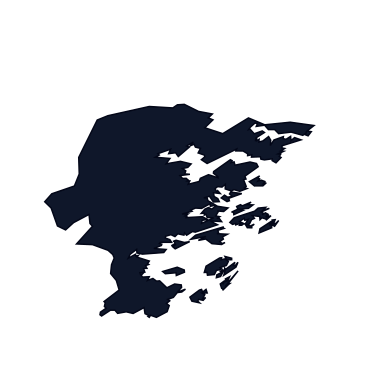 outline of Flatanger nor, Nord-Trøndelag, Norway, rotated 156°
{"feature_id": "86288312B80976394887598", "entity_name": "Flatanger nor", "entity_type": "district", "adm_level": 2, "iso_a3": "NOR", "parent_name": "Norway", "parent_adm1": "Nord-Trøndelag", "projection": "robinson", "projection_center": [10.814, 64.447], "detail": "fine", "context": "isolated", "style": "filled", "palette": "ink", "viewbox_px": 384, "rotation_deg": 156, "n_neighbors": 0, "source": "geoboundaries", "source_scale": "gbopen_adm2", "svg_char_len": 6107}
<svg xmlns="http://www.w3.org/2000/svg" viewBox="0 0 384 384"><g transform="rotate(156 192 192)"><path d="M249.3,296.3L281.4,269.7L287.7,254.3L297.0,245.3L320.8,247.4L330.5,243.0L327.2,234.7L328.7,215.7L322.9,208.8L312.6,212.2L295.2,213.4L298.0,204.7L296.8,201.2L318.6,191.5L304.3,184.4L292.4,172.9L289.8,167.1L289.9,163.3L295.1,158.3L299.5,150.6L297.1,142.0L298.4,132.1L316.9,127.7L316.3,126.1L318.6,123.1L317.7,120.8L324.5,119.5L326.0,117.3L325.0,115.5L314.6,117.2L310.5,115.4L309.3,111.4L300.8,109.3L295.2,105.0L282.8,105.9L284.4,100.0L281.4,96.3L282.8,96.2L282.0,94.9L280.0,96.3L275.5,92.0L263.4,92.8L259.0,97.5L260.7,100.6L256.6,101.6L257.9,103.8L251.9,103.3L246.4,106.1L242.0,104.8L237.5,105.9L246.4,106.4L240.3,109.1L239.6,111.5L245.3,115.0L253.9,114.7L257.7,124.0L260.7,125.0L262.9,128.9L268.7,129.3L265.5,132.0L271.8,134.4L272.3,136.6L270.3,137.4L272.6,137.7L272.4,139.5L267.7,138.0L267.4,141.9L264.2,140.6L264.4,143.7L261.0,143.4L261.8,144.6L259.1,146.3L268.8,154.9L266.8,155.9L269.5,156.5L269.0,158.1L277.2,157.4L273.8,160.3L265.9,162.1L267.1,158.7L262.5,155.4L242.4,148.2L239.0,150.0L249.9,155.9L241.7,155.6L240.8,156.6L242.7,158.2L241.3,158.9L231.1,154.3L231.6,157.5L235.2,160.9L234.1,162.3L228.6,161.6L225.7,158.2L222.0,159.6L216.9,155.9L215.4,157.7L214.5,154.7L207.7,155.7L205.3,154.0L182.0,151.7L187.3,158.3L177.0,152.9L177.9,156.9L180.3,157.7L176.7,158.2L180.1,160.5L175.9,163.4L176.7,164.4L171.0,161.3L165.6,162.8L175.9,169.5L180.9,168.3L183.3,171.1L187.2,171.1L192.3,168.7L189.3,167.6L190.2,165.9L188.3,165.9L188.5,162.5L182.5,159.5L196.1,159.4L194.3,162.0L189.1,160.6L192.5,165.2L207.8,171.0L206.6,171.9L208.0,172.9L204.6,173.5L210.1,176.0L199.8,174.4L200.6,176.0L195.3,175.9L189.9,173.1L180.1,174.0L181.1,171.5L175.8,170.4L181.0,177.6L180.6,180.1L183.6,181.9L177.8,181.0L176.5,174.2L171.0,172.1L171.1,175.5L173.6,178.9L172.7,182.6L166.8,179.1L168.0,182.8L169.4,182.0L169.6,185.7L166.4,186.5L162.6,184.3L158.4,185.5L160.4,181.3L155.5,176.9L152.7,177.1L148.1,173.2L140.4,172.8L142.4,174.5L140.2,175.1L139.9,182.4L137.4,181.9L137.3,184.9L121.3,188.2L121.5,191.8L126.8,195.8L141.8,199.0L141.3,202.4L144.4,202.9L142.6,204.3L143.8,205.9L163.9,201.9L164.8,200.5L162.0,195.2L162.4,194.4L169.9,201.1L178.8,201.1L181.1,198.7L192.4,200.6L189.5,203.0L191.9,204.0L190.6,204.4L191.8,206.9L195.1,208.2L196.3,211.9L186.7,209.0L191.3,211.5L189.1,213.8L191.2,217.3L185.8,216.2L181.4,218.0L190.1,224.7L204.2,228.3L198.5,231.6L211.4,238.7L206.9,239.1L207.6,240.9L194.1,239.8L197.7,236.5L191.0,234.5L190.1,230.0L176.3,234.1L178.2,236.2L170.4,237.1L174.6,234.9L170.7,234.8L170.6,231.6L166.5,228.4L170.5,225.2L165.7,220.7L166.0,218.9L170.3,217.7L166.6,211.9L133.7,213.1L135.2,211.7L128.7,208.7L125.6,204.3L126.4,202.6L122.2,201.7L123.5,199.7L115.2,196.4L115.7,194.0L112.8,191.9L105.3,189.7L106.0,188.1L103.4,184.5L96.6,187.3L97.8,189.0L95.6,190.5L97.9,191.8L91.6,191.9L94.3,193.5L89.7,194.1L91.9,195.6L90.9,197.6L71.2,195.3L76.2,200.0L80.7,198.6L79.3,202.7L84.6,201.9L87.1,203.7L86.0,205.4L96.0,206.2L101.6,202.5L99.0,207.3L99.5,211.5L106.6,209.8L110.6,210.5L109.3,212.8L111.8,212.5L111.3,214.1L113.5,212.6L111.6,215.4L101.6,216.9L103.0,219.2L111.5,219.9L113.4,225.8L114.9,226.0L112.4,227.5L106.4,229.4L104.4,227.8L106.6,225.8L98.5,223.5L96.8,217.9L91.1,215.4L89.1,210.1L77.1,206.4L67.7,198.7L63.6,199.7L65.2,198.2L63.1,196.1L58.5,198.6L62.2,200.9L53.5,203.1L73.9,215.8L98.2,223.8L110.3,236.7L140.2,232.8L154.2,245.5L143.5,249.4L147.0,253.1L141.7,255.0L153.3,263.0L163.4,275.2L169.9,277.6L175.3,276.6L196.3,287.5L237.8,295.9L249.3,296.3ZM156.0,136.9L151.4,134.7L152.8,136.0L148.2,137.3L152.6,137.2L155.6,140.1L152.5,139.4L148.9,142.5L145.7,142.5L146.6,146.0L140.1,142.1L141.1,139.1L138.6,140.0L134.8,136.7L136.0,136.1L129.5,138.2L134.6,138.5L130.9,140.2L135.0,139.1L131.8,141.0L133.4,143.1L137.3,142.5L135.1,143.0L136.9,145.6L128.0,145.6L134.4,146.6L130.9,148.0L138.1,150.4L142.6,149.0L163.9,151.3L169.8,148.8L168.1,145.9L164.8,145.5L165.4,144.2L160.4,143.7L162.2,142.3L160.0,141.4L157.4,142.0L160.6,145.6L155.0,146.8L155.3,144.7L151.7,144.2L156.5,141.1L156.0,136.9ZM186.3,132.0L182.4,132.4L185.6,132.7L186.7,135.5L182.5,136.2L182.4,138.6L176.8,139.0L186.2,143.8L184.4,143.6L184.0,146.5L177.6,145.7L178.6,146.8L177.2,147.3L206.3,151.1L212.4,149.3L197.4,145.7L205.9,145.2L198.6,143.5L194.8,136.7L186.3,132.0ZM211.7,109.7L205.1,107.5L201.6,110.4L196.1,109.6L197.1,111.5L190.5,110.9L187.1,113.7L188.3,116.0L183.3,114.0L182.7,115.4L188.1,119.7L188.0,117.3L192.9,118.3L191.7,119.9L193.6,120.5L209.3,118.5L213.5,113.5L211.0,112.5L211.7,109.7ZM236.5,92.3L230.2,87.7L231.2,90.0L229.6,91.2L225.9,88.5L222.5,90.0L225.9,90.1L222.1,93.0L223.9,95.5L219.2,93.6L218.8,97.3L223.0,96.3L222.9,99.1L225.1,99.4L236.7,96.8L236.5,92.3ZM240.3,122.1L231.5,121.8L230.8,123.9L236.1,129.3L251.1,131.3L249.6,128.2L239.4,124.7L240.3,122.1ZM163.0,154.3L152.6,154.4L156.9,157.6L147.1,154.1L141.5,155.4L146.6,157.9L142.1,158.7L151.6,158.9L152.9,160.7L157.1,160.6L157.0,157.7L164.1,157.5L162.3,156.8L163.0,154.3ZM124.7,168.8L120.4,170.2L123.5,170.6L121.2,172.0L123.9,174.6L127.4,175.1L124.9,176.5L126.3,178.3L123.6,179.2L135.4,178.1L132.5,172.2L124.7,168.8ZM196.9,103.0L182.4,105.5L178.6,109.1L182.8,107.0L184.1,107.9L181.3,110.3L192.6,107.7L193.1,109.1L194.0,106.8L195.1,107.9L198.4,108.2L197.4,106.5L203.0,106.2L204.6,103.8L200.3,103.2L195.1,107.1L194.0,106.2L196.9,103.0ZM147.4,127.3L133.1,126.9L134.1,127.4L132.1,129.3L130.5,127.1L124.4,130.7L127.9,129.3L135.1,130.0L129.2,131.0L127.3,132.9L130.2,133.8L130.7,131.5L132.3,131.2L134.5,131.1L131.2,133.0L144.8,130.8L147.4,127.3ZM230.5,146.9L214.3,147.6L219.5,149.0L226.2,154.4L229.5,154.6L227.9,153.9L228.7,151.7L232.8,151.3L227.8,150.7L231.9,149.8L230.5,146.9ZM204.1,89.7L196.9,92.4L198.9,92.8L196.3,94.2L196.5,92.6L194.7,93.0L196.3,93.7L182.0,101.2L193.2,95.9L198.3,96.5L193.9,97.7L192.1,99.3L196.8,99.0L196.9,97.0L198.1,97.2L201.7,95.0L199.6,97.4L203.6,96.5L204.1,92.0L202.8,90.5L204.1,89.7ZM163.9,169.0L161.4,168.8L161.0,171.3L147.2,170.3L156.6,176.2L158.5,175.0L156.9,171.5L161.6,172.8L163.6,175.9L167.7,174.7L163.9,169.0Z" fill="#0f172a" stroke="#020617" stroke-width="1.5"/></g></svg>